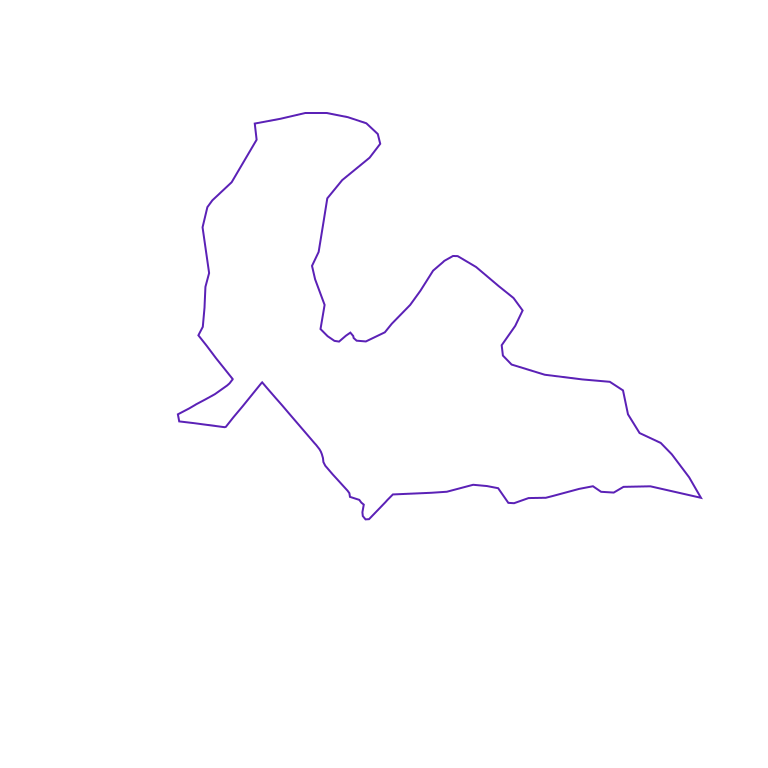 Nioro, Kayes, Mali, rotated 232°
{"feature_id": "8926073B70352921020870", "entity_name": "Nioro", "entity_type": "district", "adm_level": 2, "iso_a3": "MLI", "parent_name": "Mali", "parent_adm1": "Kayes", "projection": "natural_earth1", "projection_center": [-9.59, 15.152], "detail": "fine", "context": "isolated", "style": "outline", "palette": "violet", "viewbox_px": 768, "rotation_deg": 232, "n_neighbors": 0, "source": "geoboundaries", "source_scale": "gbopen_adm2", "svg_char_len": 1857}
<svg xmlns="http://www.w3.org/2000/svg" viewBox="0 0 768 768"><g transform="rotate(232 384 384)"><path d="M231.8,568.4L246.7,563.3L265.5,543.1L292.3,516.4L320.8,496.5L333.2,495.2L342.1,500.6L349.0,523.2L356.6,538.5L372.0,539.0L390.7,534.6L419.5,528.6L439.4,520.8L442.4,517.2L443.9,507.4L443.7,505.3L443.1,492.5L435.1,470.2L430.2,453.3L426.7,427.3L424.2,416.5L428.7,395.9L435.0,389.1L438.9,388.4L440.8,389.3L445.2,389.1L445.5,383.8L445.1,374.7L448.5,371.5L456.4,369.0L466.4,367.8L482.9,385.9L509.0,394.2L521.4,400.0L528.3,413.8L549.2,436.4L565.2,453.6L570.4,476.6L571.2,512.0L575.6,528.9L584.8,533.0L600.3,530.6L616.5,519.8L632.9,505.6L646.1,488.7L656.7,465.8L668.8,442.5L654.9,434.0L636.8,388.2L634.4,361.8L632.1,353.7L624.2,343.8L619.2,337.5L579.1,314.5L570.5,303.1L558.0,292.4L554.7,289.6L540.6,276.4L537.1,268.7L536.6,267.7L523.4,267.8L507.5,267.5L499.5,267.6L491.2,267.7L481.0,267.8L480.8,267.5L480.7,267.3L480.7,267.0L479.6,262.7L479.4,259.5L480.1,244.5L481.8,233.9L483.7,223.2L483.7,222.8L484.7,215.4L485.8,209.4L487.0,202.9L480.6,199.6L471.0,209.3L448.1,231.8L447.6,233.0L450.0,242.8L450.5,244.9L453.5,259.0L460.1,287.6L460.3,289.0L458.2,289.1L453.5,289.3L439.6,290.0L434.8,290.3L429.5,290.6L419.7,291.0L380.4,292.8L377.8,293.0L376.1,293.0L374.6,293.0L373.2,293.0L372.4,293.0L369.6,292.6L366.9,291.8L363.2,290.3L359.8,288.2L355.8,287.4L344.7,287.9L343.4,288.0L322.4,289.6L319.3,289.5L316.0,287.7L307.9,293.2L304.5,293.1L301.4,293.8L296.2,288.0L293.0,286.0L288.7,286.1L286.7,289.0L290.0,312.4L290.5,315.2L291.5,323.0L269.3,354.1L260.4,367.2L249.7,392.2L240.2,402.3L231.6,409.8L213.8,408.8L210.0,413.1L205.1,427.7L194.7,441.5L191.9,447.9L181.2,473.2L174.8,485.7L165.4,488.7L157.0,498.2L155.5,509.4L139.4,530.9L99.2,563.7L122.6,567.0L151.4,567.5L167.1,565.8L188.0,555.2L209.9,557.6L231.8,568.4Z" fill="none" stroke="#5b21b6" stroke-width="2"/></g></svg>